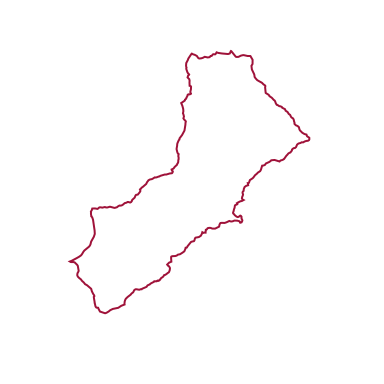 the district of Lunca Bradului, Mures, Romania, rotated 206°
{"feature_id": "2599482B15152164685574", "entity_name": "Lunca Bradului", "entity_type": "district", "adm_level": 2, "iso_a3": "ROU", "parent_name": "Romania", "parent_adm1": "Mures", "projection": "albers", "projection_center": [25.143, 46.979], "detail": "fine", "context": "isolated", "style": "outline", "palette": "rose", "viewbox_px": 384, "rotation_deg": 206, "n_neighbors": 0, "source": "geoboundaries", "source_scale": "gbopen_adm2", "svg_char_len": 6069}
<svg xmlns="http://www.w3.org/2000/svg" viewBox="0 0 384 384"><g transform="rotate(206 192 192)"><path d="M252.8,316.3L253.1,315.5L253.8,310.3L253.6,309.1L253.7,305.4L252.8,303.1L252.1,302.0L251.4,301.3L251.4,300.7L250.9,299.9L248.7,297.7L247.7,297.0L246.1,296.4L246.1,295.8L246.5,294.9L246.2,293.0L243.9,292.2L242.9,290.9L242.4,289.6L240.7,286.4L239.6,286.6L239.0,286.2L238.0,283.9L237.4,281.3L236.9,280.5L236.1,280.1L236.0,279.9L236.5,279.1L237.5,278.3L238.1,278.2L238.5,277.5L238.2,275.7L238.4,274.5L238.2,273.6L238.2,273.3L238.8,271.9L238.6,271.4L238.6,270.9L240.7,267.2L238.5,265.3L236.4,262.9L235.2,260.9L234.6,258.7L233.8,258.1L232.3,256.3L232.0,254.4L231.0,253.8L228.7,252.9L228.4,252.6L228.2,251.4L227.4,249.5L225.7,243.9L225.9,238.8L226.7,234.8L226.3,233.6L226.6,232.9L226.5,229.9L226.3,228.6L225.7,227.2L224.9,224.4L224.6,223.7L222.8,221.5L221.6,220.4L220.6,220.2L220.1,218.3L219.2,217.2L218.4,215.6L218.3,214.7L217.5,212.8L217.4,212.0L217.6,210.9L217.4,210.0L218.6,206.8L218.8,205.4L219.0,204.8L220.2,203.3L219.5,202.5L218.4,202.2L218.4,201.9L218.1,201.6L218.1,200.7L218.2,200.2L219.1,199.5L220.0,199.0L222.8,196.4L224.2,195.7L227.6,192.6L228.1,191.7L228.6,191.4L230.3,189.6L231.2,189.0L231.9,188.8L232.9,187.1L233.7,186.0L235.3,184.8L236.3,183.4L236.4,182.5L236.7,181.2L236.7,179.1L238.6,174.7L239.2,173.8L239.3,172.8L239.9,171.5L239.3,171.0L238.8,170.1L238.9,168.8L239.6,165.9L241.0,164.9L241.2,164.2L241.2,163.4L241.1,162.6L241.1,161.7L242.2,158.9L242.3,158.0L242.1,157.7L242.3,156.3L242.6,155.9L243.0,155.4L244.8,155.1L245.5,154.8L246.2,153.7L247.6,152.5L248.7,150.0L249.2,149.3L250.1,148.5L251.3,148.0L252.2,146.7L252.7,145.5L254.3,144.0L254.8,143.7L259.3,142.8L261.3,141.0L262.6,140.4L263.7,140.3L265.8,138.6L267.4,138.2L268.2,137.8L268.7,137.2L269.1,136.1L269.5,135.4L272.0,134.7L274.4,133.4L274.1,131.6L274.3,130.1L273.6,129.0L273.4,128.4L272.7,127.2L272.1,126.6L271.9,126.0L270.6,125.5L268.8,123.7L262.6,114.6L261.0,111.7L260.6,108.7L260.9,103.2L260.3,100.4L260.3,99.1L260.6,97.7L263.1,92.2L263.4,90.7L263.6,88.1L263.9,86.5L265.1,84.3L266.6,82.1L270.0,77.4L271.3,76.0L270.3,75.9L267.7,77.1L266.6,77.3L263.3,76.2L262.3,75.6L259.4,71.6L259.2,70.9L259.3,68.8L259.0,67.7L258.5,66.7L257.5,65.9L255.9,65.3L253.3,64.7L252.2,64.0L249.5,63.2L247.7,62.3L245.5,62.2L240.2,60.8L238.5,58.9L236.3,57.2L234.6,56.2L234.1,55.6L234.3,54.7L233.6,53.6L231.2,50.3L231.0,49.8L230.9,49.8L228.7,47.0L228.0,46.5L227.2,46.2L225.6,46.8L224.9,46.1L222.3,44.2L217.1,44.9L216.6,45.2L215.6,46.4L214.4,48.3L213.7,49.9L211.9,52.2L207.5,55.6L205.7,58.7L203.3,61.3L203.6,61.6L204.5,64.1L204.7,65.4L204.7,67.0L203.8,69.5L202.1,72.9L201.9,74.1L200.9,76.1L200.9,78.4L200.4,79.4L200.0,79.9L199.1,80.3L196.6,81.0L195.4,82.2L194.6,82.5L194.4,83.2L191.3,86.8L191.0,88.6L189.4,90.5L189.3,91.1L188.7,92.1L186.8,94.6L186.8,95.2L185.1,96.0L184.3,97.0L184.2,96.9L184.0,97.2L183.6,97.2L183.2,97.8L183.0,97.7L182.6,98.2L182.4,99.3L182.2,99.4L182.2,100.0L182.0,101.1L181.0,102.8L180.7,103.8L180.6,105.1L179.9,105.6L179.0,107.0L178.4,108.4L177.7,109.5L177.6,109.9L177.7,111.7L178.2,113.4L178.7,114.2L180.0,115.1L181.4,115.3L182.5,115.9L181.6,118.5L180.0,120.3L181.9,123.6L182.2,124.4L182.3,124.8L181.7,125.6L179.0,127.1L177.9,128.1L177.2,129.5L175.5,130.8L173.9,133.4L172.9,135.3L173.0,137.7L173.3,139.1L172.4,139.6L172.3,139.9L172.2,141.4L171.0,146.6L170.4,147.3L168.7,148.7L168.6,149.5L169.0,151.6L168.8,152.5L166.1,154.5L164.9,156.5L164.8,158.6L165.1,160.4L163.7,160.3L162.9,161.1L162.0,161.4L163.0,164.1L162.5,164.4L162.3,164.9L162.1,166.3L161.0,167.2L159.5,167.9L157.8,168.0L155.2,169.2L152.5,172.7L152.6,173.5L152.9,174.2L153.0,175.9L152.8,176.6L151.8,177.3L149.1,178.5L147.7,179.9L145.8,182.3L144.0,182.6L143.3,183.0L142.5,183.6L141.4,184.9L138.7,186.1L136.4,186.5L135.9,186.3L135.6,185.7L135.2,185.5L134.2,186.4L134.1,187.3L134.2,188.4L134.8,189.1L135.5,189.5L135.8,190.0L136.3,190.4L136.5,191.3L137.4,191.9L138.1,192.0L138.4,191.8L139.2,190.1L139.7,189.7L140.0,189.5L141.2,189.4L143.4,189.9L144.3,190.4L145.6,190.8L146.1,191.6L146.2,192.9L146.7,195.0L146.8,196.4L147.5,198.7L147.4,199.1L145.9,200.9L146.0,201.3L146.7,201.7L145.9,203.0L144.3,205.0L143.3,205.7L142.1,207.4L143.5,207.5L144.3,208.1L144.7,209.3L144.8,211.1L145.1,212.3L145.8,212.9L146.3,213.6L146.5,214.6L146.1,215.6L146.8,217.5L146.9,219.6L146.0,221.3L144.5,222.7L145.7,224.4L145.1,224.6L144.9,225.5L145.2,228.1L143.6,230.8L143.2,231.9L142.7,234.7L141.7,236.9L141.3,238.3L139.9,240.6L139.8,242.2L140.5,246.4L139.3,247.2L138.3,248.4L138.1,250.0L135.7,252.9L134.9,254.4L134.8,255.0L134.3,255.5L131.8,257.0L126.7,257.8L126.5,258.6L126.0,259.4L125.3,259.9L124.1,261.3L123.9,262.0L123.7,262.1L123.1,265.9L122.6,267.4L122.3,268.8L121.5,270.1L120.9,270.6L120.4,273.0L120.7,274.0L120.4,275.0L119.6,276.2L118.8,276.6L118.2,277.9L118.3,280.7L118.1,281.2L117.5,282.3L115.9,283.7L115.3,284.7L113.9,285.3L112.8,286.9L111.4,288.2L110.3,288.8L109.6,289.9L109.6,290.5L109.7,291.0L110.4,292.2L112.9,292.5L113.4,292.9L114.3,293.8L116.3,293.4L118.8,293.6L122.0,294.7L122.9,295.4L124.3,297.1L126.0,297.6L127.9,297.5L129.6,298.1L129.8,298.2L130.3,299.3L131.5,300.5L131.9,301.2L133.3,302.4L135.1,302.6L136.0,303.0L137.6,304.3L139.3,304.6L141.2,305.8L143.5,306.1L144.7,307.2L147.9,307.3L148.5,307.8L150.0,307.8L151.2,307.4L153.4,307.7L153.7,307.5L154.4,307.7L155.6,308.5L157.1,310.0L158.0,310.5L158.9,310.6L161.6,311.7L164.4,312.1L164.9,312.6L166.0,313.0L169.1,313.3L169.5,313.8L172.2,318.2L172.5,319.4L173.1,319.8L175.0,320.1L176.9,320.8L182.3,321.1L184.6,322.0L186.2,322.9L187.3,324.6L188.0,325.3L191.9,328.4L193.9,331.5L193.7,333.4L193.8,333.8L195.5,337.4L199.1,339.8L201.7,338.6L205.5,337.7L206.4,337.2L207.9,335.9L209.5,333.8L211.2,332.9L212.0,332.8L218.4,335.8L218.8,335.8L218.9,335.4L218.7,334.2L218.8,333.0L220.1,331.8L225.9,329.6L229.4,328.5L231.1,328.3L231.2,327.0L231.4,326.1L231.6,325.8L233.2,325.2L233.6,324.7L234.0,322.9L234.9,322.4L235.3,320.9L236.9,319.8L239.8,319.1L241.1,317.3L242.3,316.2L243.9,315.2L244.6,315.1L245.4,315.3L247.3,316.4L249.7,316.5L251.5,316.2L252.8,316.3Z" fill="none" stroke="#9f1239" stroke-width="2"/></g></svg>